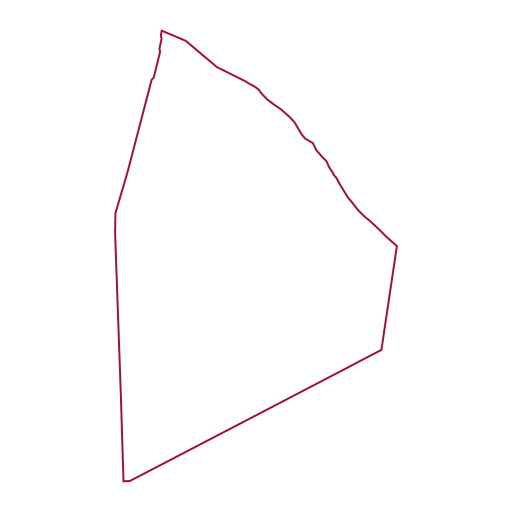 Mubark-Sharq Tafrea, Bur Sa`id, Egypt
{"feature_id": "37247803B27460825727162", "entity_name": "Mubark-Sharq Tafrea", "entity_type": "district", "adm_level": 2, "iso_a3": "EGY", "parent_name": "Egypt", "parent_adm1": "Bur Sa`id", "projection": "orthographic", "projection_center": [32.444, 31.075], "detail": "fine", "context": "isolated", "style": "outline", "palette": "rose", "viewbox_px": 512, "rotation_deg": 0, "n_neighbors": 0, "source": "geoboundaries", "source_scale": "gbopen_adm2", "svg_char_len": 856}
<svg xmlns="http://www.w3.org/2000/svg" viewBox="0 0 512 512"><path d="M396.9,246.1L396.5,245.8L386.2,236.6L381.6,232.0L375.3,225.9L370.0,221.0L365.0,217.0L361.2,213.2L357.4,209.3L354.5,205.5L351.3,201.5L347.9,197.5L339.5,183.7L336.3,177.8L333.8,175.1L332.5,172.1L330.2,169.0L328.1,165.0L326.4,161.1L322.2,156.9L316.3,150.2L312.9,143.1L305.1,138.5L301.6,134.3L294.4,122.1L289.5,116.9L280.9,109.3L273.6,104.3L267.3,99.5L261.4,93.4L258.6,89.5L254.2,86.3L248.3,83.2L245.4,81.3L216.9,67.1L185.7,40.8L161.7,30.7L160.8,36.0L161.6,38.6L159.5,48.5L160.0,52.3L153.7,77.7L151.7,79.6L127.8,171.1L115.4,213.4L115.1,233.2L120.9,396.2L122.4,446.1L123.2,470.6L123.5,481.3L129.8,481.0L196.9,446.1L208.0,440.3L208.2,440.2L267.4,409.4L333.5,374.9L336.9,373.2L361.8,360.1L368.3,356.7L381.4,349.9L390.5,288.9L396.9,246.1Z" fill="none" stroke="#9f1239" stroke-width="2"/></svg>